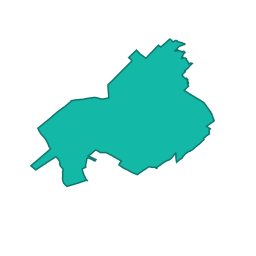 outline of Boghesti, Bacau, Romania, rotated 139°
{"feature_id": "2599482B44554474680390", "entity_name": "Boghesti", "entity_type": "district", "adm_level": 2, "iso_a3": "ROU", "parent_name": "Romania", "parent_adm1": "Bacau", "projection": "natural_earth1", "projection_center": [27.419, 46.16], "detail": "fine", "context": "isolated", "style": "filled", "palette": "teal", "viewbox_px": 256, "rotation_deg": 139, "n_neighbors": 0, "source": "geoboundaries", "source_scale": "gbopen_adm2", "svg_char_len": 5590}
<svg xmlns="http://www.w3.org/2000/svg" viewBox="0 0 256 256"><g transform="rotate(139 128 128)"><path d="M114.7,173.8L116.0,172.3L116.7,171.3L117.3,170.6L117.7,170.0L119.4,167.8L119.8,167.3L120.0,167.0L121.0,165.6L122.7,163.5L122.9,163.4L125.2,164.7L126.5,165.5L128.1,166.4L128.5,166.8L129.5,168.0L131.2,170.5L133.2,173.1L134.1,173.6L138.3,176.4L140.2,177.6L141.5,178.3L142.0,178.5L142.4,178.7L143.5,179.4L145.5,181.0L146.9,181.9L147.5,182.4L148.4,183.0L150.0,183.9L149.9,184.0L150.4,184.3L152.8,185.8L153.0,185.7L154.2,185.5L154.9,185.4L156.4,185.5L157.6,185.5L160.0,185.6L162.2,185.5L162.7,185.8L166.8,186.1L170.3,186.4L177.9,186.5L178.7,186.4L196.2,186.9L196.5,185.5L197.1,184.0L197.1,183.5L197.5,181.5L197.5,179.6L197.5,178.0L197.5,174.6L197.7,173.2L198.1,171.1L199.0,167.8L199.3,167.0L199.8,165.8L199.8,164.9L200.1,163.7L200.4,163.0L218.8,163.1L222.9,163.2L226.1,163.2L225.3,157.7L225.2,157.0L225.1,156.9L224.0,156.8L221.2,156.4L220.4,156.2L219.8,156.2L219.7,156.3L216.9,155.8L211.5,155.1L209.5,154.8L206.6,154.4L203.5,153.9L203.0,153.8L201.5,153.6L201.3,153.5L201.2,153.3L201.2,152.7L201.1,151.3L201.1,150.8L201.1,150.0L201.4,148.4L201.5,147.9L201.9,147.1L202.3,146.6L203.2,145.7L203.3,145.4L203.4,144.8L203.8,144.3L203.9,144.0L203.9,143.8L203.9,143.4L204.0,142.7L204.0,142.3L204.0,141.8L204.0,140.8L204.0,140.2L204.0,139.7L204.5,139.0L204.7,138.8L205.0,138.6L206.5,137.5L207.5,135.9L208.9,134.5L209.5,133.8L210.2,133.4L210.7,132.6L210.9,132.2L211.4,131.6L211.8,130.7L212.2,129.8L212.2,129.6L212.7,128.7L212.6,125.4L212.5,124.6L212.4,124.0L200.9,118.8L198.2,117.7L194.4,116.2L193.3,115.2L193.2,115.9L193.2,116.3L193.4,116.7L192.7,119.0L192.4,120.4L191.5,122.9L190.9,124.4L190.5,125.2L190.2,125.9L189.7,126.8L189.3,127.1L189.1,127.1L186.0,126.2L185.6,126.2L185.4,126.2L185.0,127.1L184.8,127.4L182.9,128.9L180.3,130.9L179.3,131.8L177.8,131.8L176.9,130.0L176.6,129.6L175.9,128.0L175.2,126.0L174.7,124.8L173.9,125.0L172.9,125.2L173.9,127.2L174.2,128.2L174.5,128.9L175.1,130.3L175.9,132.2L176.3,133.1L175.3,133.0L173.9,132.7L171.4,132.7L170.2,132.7L166.7,132.6L165.9,130.5L165.5,129.3L165.2,128.4L165.0,127.6L164.1,126.9L163.2,126.0L162.4,125.2L160.8,124.0L160.5,123.4L159.8,121.7L159.4,120.5L158.9,119.2L158.6,118.7L158.3,118.2L158.1,117.4L157.9,116.6L157.5,115.5L156.9,113.9L154.7,107.4L156.0,107.2L156.3,107.0L157.6,106.7L158.5,106.5L159.0,106.1L158.0,101.8L157.7,100.9L157.3,99.7L156.2,97.6L155.6,96.2L155.4,95.2L154.8,93.5L153.5,90.5L153.2,89.9L152.6,88.6L151.6,86.7L144.7,86.0L140.9,85.4L139.5,85.3L137.8,85.2L136.8,84.0L136.3,83.3L135.9,82.7L135.2,82.2L134.9,81.9L134.1,81.2L133.7,80.8L133.2,80.4L132.6,79.7L133.2,79.3L132.7,78.6L131.7,79.1L131.2,79.2L129.7,79.2L128.3,78.9L127.3,78.9L127.1,78.8L125.7,78.8L125.1,78.7L123.7,78.5L121.0,78.1L117.7,76.9L116.6,76.7L114.9,76.8L113.5,77.0L107.9,78.0L108.3,77.7L109.3,76.4L110.3,75.5L110.7,74.7L111.4,74.0L112.8,72.0L113.5,70.7L113.7,70.2L113.4,70.2L110.9,70.2L110.6,70.3L110.2,70.2L109.1,70.1L107.3,69.8L106.3,70.0L105.1,70.4L104.1,70.6L102.8,70.6L102.2,70.8L101.4,70.9L100.9,70.8L99.7,70.7L99.4,70.6L98.6,70.6L97.8,70.4L97.0,70.1L96.6,69.8L96.2,69.7L94.7,69.6L93.2,69.2L92.2,69.3L90.3,69.3L89.6,69.4L87.0,69.3L83.4,69.1L81.2,69.3L80.0,69.4L79.2,69.4L78.4,69.4L78.2,69.5L78.0,70.3L77.7,70.6L77.4,70.6L76.5,70.5L74.6,70.6L70.3,70.2L70.2,70.7L68.3,73.0L67.9,73.4L67.6,73.6L67.4,73.6L67.0,73.4L66.7,73.3L66.4,73.3L66.4,73.6L66.7,74.2L67.5,77.0L67.6,77.8L66.0,77.6L62.9,77.3L61.7,77.1L58.3,76.9L58.1,77.1L56.9,80.5L55.6,83.6L55.5,84.0L55.3,86.0L55.1,86.0L54.9,88.7L54.5,93.0L54.1,97.0L54.2,97.8L54.5,98.8L55.5,102.1L58.6,111.6L61.0,119.5L58.5,119.7L54.8,119.9L54.5,120.7L54.3,121.7L54.1,122.3L53.8,122.3L53.4,121.9L53.1,122.0L53.1,122.3L53.6,123.1L53.4,123.5L52.6,123.1L51.8,124.9L51.3,125.1L51.2,125.7L52.2,126.1L52.1,126.7L51.2,126.6L51.1,127.1L51.8,127.5L52.2,127.9L52.4,128.2L52.6,130.1L52.4,130.5L52.8,131.3L52.8,131.7L52.7,131.8L52.4,132.0L52.3,132.3L52.4,132.5L52.1,132.7L47.9,132.9L47.9,133.9L46.6,133.9L46.1,133.8L45.3,133.9L43.0,133.9L41.3,134.3L38.1,134.5L37.1,134.5L37.2,134.9L37.6,135.2L38.2,135.3L38.4,135.5L38.5,135.7L38.4,135.9L38.3,136.0L38.5,136.1L39.4,136.4L40.1,136.5L39.1,139.5L39.4,140.0L39.3,140.8L39.0,141.3L38.6,141.7L38.5,141.9L38.5,142.2L38.8,143.2L39.0,143.5L39.8,144.1L40.2,144.5L40.3,144.6L40.8,144.6L41.3,144.8L41.7,145.1L41.9,145.4L41.5,145.5L40.1,145.6L40.1,145.8L40.2,146.5L37.7,147.3L37.6,147.5L37.4,147.7L36.4,147.8L35.7,147.4L35.4,147.6L35.4,148.0L35.4,148.8L35.5,149.2L35.6,149.4L35.8,149.6L36.0,149.6L36.4,149.6L37.1,149.8L37.4,149.9L37.4,150.1L37.2,150.4L37.2,150.5L37.7,151.2L38.1,151.8L38.6,152.4L39.1,153.0L39.2,153.3L39.2,153.7L39.2,154.2L39.2,154.7L39.3,154.7L40.6,154.7L40.7,154.2L40.9,154.1L41.4,154.5L42.0,155.0L42.1,155.3L42.0,155.5L41.9,155.6L41.7,155.6L41.4,155.7L40.8,155.6L40.1,155.3L39.7,155.3L39.3,155.4L38.9,155.7L38.1,155.9L37.3,156.0L36.0,156.0L35.5,155.9L34.6,155.7L32.8,154.8L32.3,154.7L31.5,154.6L31.3,154.5L31.1,154.3L30.6,153.9L30.1,153.9L30.0,154.0L29.9,154.1L30.0,154.4L30.1,154.6L31.0,155.9L31.4,157.0L31.5,157.3L31.7,157.7L32.7,158.7L32.9,158.8L33.4,159.9L33.6,160.2L33.8,160.4L33.8,160.8L33.8,161.0L33.7,161.5L33.9,162.0L34.4,162.6L34.8,162.9L35.0,163.0L35.8,163.1L36.0,163.2L36.9,163.3L37.2,163.4L37.9,164.0L37.6,165.1L37.5,165.4L37.7,165.9L37.8,167.0L37.9,167.4L38.1,167.7L45.2,167.6L50.1,167.6L50.2,167.8L50.7,170.5L58.1,169.9L59.1,169.8L59.5,169.6L60.0,169.6L61.0,169.7L68.7,168.8L69.4,172.1L70.3,175.6L70.5,181.2L77.4,180.9L81.3,180.6L81.1,179.8L80.9,177.3L81.2,176.0L93.6,175.2L109.1,174.0L114.7,173.8Z" fill="#14b8a6" stroke="#0f766e" stroke-width="1.5"/></g></svg>